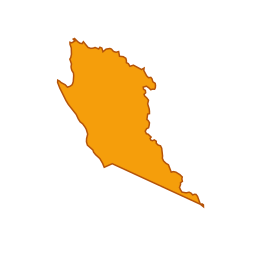 outline of São José dos Basílios, Maranhão, Brazil, rotated 154°
{"feature_id": "56859067B27394431743409", "entity_name": "São José dos Basílios", "entity_type": "district", "adm_level": 2, "iso_a3": "BRA", "parent_name": "Brazil", "parent_adm1": "Maranhão", "projection": "equal_earth", "projection_center": [-44.586, -5.014], "detail": "medium", "context": "isolated", "style": "filled", "palette": "amber", "viewbox_px": 256, "rotation_deg": 154, "n_neighbors": 0, "source": "geoboundaries", "source_scale": "gbopen_adm2", "svg_char_len": 1898}
<svg xmlns="http://www.w3.org/2000/svg" viewBox="0 0 256 256"><g transform="rotate(154 128 128)"><path d="M166.6,103.1L157.8,102.8L96.4,27.7L95.5,36.1L96.0,38.5L97.3,39.3L99.2,39.5L99.9,41.8L101.2,43.5L104.1,44.2L107.6,46.7L107.9,49.1L107.8,52.0L105.6,54.1L104.8,55.8L102.5,56.2L101.9,58.6L100.7,60.2L101.8,63.3L104.3,67.3L106.3,68.9L108.5,69.4L107.8,77.2L109.4,79.7L110.5,82.7L110.4,85.7L109.2,87.7L106.6,95.0L106.6,97.7L108.4,99.5L109.3,101.9L108.4,103.7L109.6,105.8L111.5,105.8L112.8,107.0L112.7,109.0L111.2,109.7L112.7,113.7L114.0,114.8L113.9,117.6L111.6,119.2L109.4,119.2L107.7,121.3L106.4,123.3L106.6,125.8L107.3,127.4L104.2,131.9L102.4,131.5L101.4,133.6L100.6,135.8L99.8,141.0L97.4,144.0L98.0,147.0L99.0,149.4L98.8,151.3L96.7,151.9L95.9,154.2L97.1,156.0L96.4,158.1L93.1,157.5L91.7,155.0L90.8,152.4L89.1,152.2L87.1,151.2L85.8,152.2L84.6,154.2L84.0,156.2L85.4,158.7L84.9,161.7L85.3,163.5L87.5,164.2L88.4,166.7L88.6,172.8L87.3,174.8L90.2,174.6L95.6,182.1L99.2,182.6L99.5,185.7L100.8,187.4L99.9,189.3L99.4,191.6L101.0,194.2L104.2,196.2L102.9,200.8L105.5,201.3L107.5,203.2L108.3,206.2L109.4,207.4L113.1,208.5L117.1,207.5L116.5,211.3L117.8,212.9L119.7,211.9L122.3,214.8L124.2,215.0L126.6,215.9L128.6,217.9L130.3,225.1L132.2,224.0L134.0,225.2L135.2,227.3L136.8,231.9L138.3,231.9L137.6,229.5L141.2,229.2L142.6,230.5L143.4,228.7L143.9,224.8L146.5,219.0L148.6,216.4L150.1,215.4L150.7,210.4L152.4,207.9L152.9,206.2L153.2,204.2L152.9,201.4L153.9,198.8L156.9,193.6L159.2,191.4L161.5,190.9L164.5,191.2L165.5,194.4L168.3,198.3L169.0,200.2L170.2,201.8L171.3,199.8L171.8,193.9L171.7,179.7L171.3,175.3L168.6,162.9L168.7,157.9L168.3,154.5L166.9,151.6L166.2,147.5L166.1,145.0L166.9,140.2L169.9,136.6L171.4,133.8L172.0,130.4L169.2,123.6L169.5,121.3L168.8,118.2L166.7,112.9L166.3,107.4L166.6,103.1ZM93.9,25.9L94.7,27.3L96.4,27.7L94.7,24.1L93.9,25.9Z" fill="#f59e0b" stroke="#b45309" stroke-width="1.5"/></g></svg>